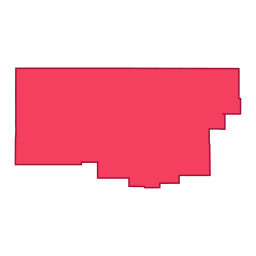 Iron, Utah, United States of America (Natural Earth projection)
{"feature_id": "52423323B18827245636092", "entity_name": "Iron", "entity_type": "district", "adm_level": 2, "iso_a3": "USA", "parent_name": "United States of America", "parent_adm1": "Utah", "projection": "natural_earth1", "projection_center": [-113.349, 37.812], "detail": "fine", "context": "isolated", "style": "filled", "palette": "rose", "viewbox_px": 256, "rotation_deg": 0, "n_neighbors": 0, "source": "geoboundaries", "source_scale": "gbopen_adm2", "svg_char_len": 576}
<svg xmlns="http://www.w3.org/2000/svg" viewBox="0 0 256 256"><path d="M15.9,68.3L15.8,94.6L15.9,115.6L15.8,120.7L15.8,125.8L16.0,128.3L15.8,136.1L15.6,137.8L15.5,139.4L15.5,139.5L15.4,159.0L15.4,164.6L81.4,164.6L81.4,162.2L97.6,162.2L97.6,178.0L100.3,178.0L129.0,178.0L129.0,186.3L144.3,186.5L144.9,187.7L159.8,187.6L159.8,183.2L179.1,183.1L179.1,175.4L210.0,175.4L209.7,144.7L209.2,142.7L209.1,129.0L215.7,128.8L224.9,129.2L224.9,115.5L223.4,114.0L240.5,114.0L240.6,98.6L238.9,98.6L238.9,68.6L128.6,68.3L15.9,68.3Z" fill="#f43f5e" stroke="#9f1239" stroke-width="1.5"/></svg>